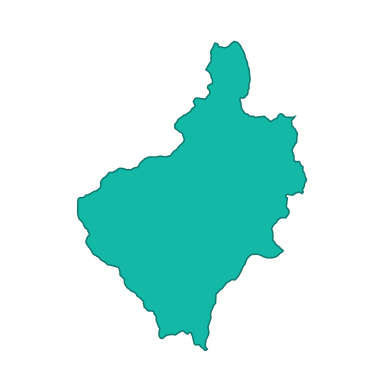 the district of Coto Brus, Puntarenas, Costa Rica, rotated 188°
{"feature_id": "36466004B67962139153797", "entity_name": "Coto Brus", "entity_type": "district", "adm_level": 2, "iso_a3": "CRI", "parent_name": "Costa Rica", "parent_adm1": "Puntarenas", "projection": "equal_earth", "projection_center": [-82.934, 8.894], "detail": "fine", "context": "isolated", "style": "filled", "palette": "teal", "viewbox_px": 384, "rotation_deg": 188, "n_neighbors": 0, "source": "geoboundaries", "source_scale": "gbopen_adm2", "svg_char_len": 5969}
<svg xmlns="http://www.w3.org/2000/svg" viewBox="0 0 384 384"><g transform="rotate(188 192 192)"><path d="M100.7,281.0L103.2,279.6L105.0,279.8L106.7,279.5L107.5,279.2L108.7,279.2L110.8,279.5L111.8,280.7L113.5,281.6L114.8,281.8L115.6,281.5L116.0,281.3L117.2,279.8L117.9,277.1L119.5,276.2L123.9,272.8L124.7,273.0L127.1,274.9L129.0,275.5L130.0,276.7L131.0,277.0L132.2,276.9L133.8,276.0L136.0,275.9L136.8,275.4L138.2,275.2L139.3,274.7L140.1,274.7L141.3,275.4L142.9,275.4L144.4,275.1L146.4,275.5L147.0,276.3L147.7,276.7L150.6,277.3L154.3,281.2L155.3,283.6L155.7,286.1L157.3,289.7L157.5,291.2L157.0,291.9L154.4,292.1L153.2,292.7L152.4,294.1L150.8,296.1L150.5,296.8L150.5,298.8L150.8,300.0L150.8,300.9L150.3,301.2L150.0,302.0L150.0,302.9L150.6,306.5L150.6,307.3L150.1,309.4L150.3,312.8L151.4,316.0L151.4,316.8L152.7,321.9L154.5,324.9L154.9,327.1L156.0,329.5L156.7,330.2L157.2,331.4L157.9,332.3L159.2,336.1L161.2,339.2L163.0,341.3L164.2,343.4L164.9,344.2L165.9,344.7L166.6,345.7L167.1,346.0L167.8,346.4L169.3,346.8L171.4,346.9L172.0,346.1L172.5,345.8L172.8,345.2L173.9,344.6L175.1,342.4L175.9,341.5L177.8,340.1L179.6,339.3L183.7,339.6L185.3,339.5L186.2,340.1L186.5,341.3L187.0,341.9L188.3,342.5L189.9,342.7L190.7,340.9L190.9,339.3L191.3,338.7L191.8,336.5L192.6,335.1L192.9,333.6L192.9,332.8L192.0,330.0L191.9,327.1L191.4,325.1L191.4,323.5L192.8,321.2L193.2,320.0L193.8,319.0L194.5,316.2L195.3,315.1L192.4,313.6L191.2,312.6L190.0,311.1L188.6,307.5L187.6,306.3L187.2,305.0L187.0,303.1L187.1,302.3L189.7,300.6L190.7,299.7L191.1,299.1L191.1,297.3L190.9,296.8L188.7,294.8L188.2,293.9L188.4,290.9L190.4,288.5L190.7,287.3L191.9,285.8L200.9,285.7L202.1,284.7L203.1,282.3L203.2,281.6L202.0,279.5L200.9,278.5L200.8,277.8L201.0,277.3L201.6,276.4L203.7,274.4L203.9,273.3L204.6,271.9L205.9,270.5L209.0,267.7L210.9,266.8L212.3,265.2L215.1,262.6L216.1,261.5L216.3,260.2L218.5,256.3L218.2,255.8L218.2,254.0L217.9,253.1L217.3,252.5L216.1,251.8L214.0,250.9L213.4,250.4L212.1,249.7L210.6,249.2L209.3,248.0L208.8,246.6L207.7,244.8L207.0,242.9L207.0,241.5L208.0,239.3L210.4,236.6L211.0,235.3L211.9,234.3L213.2,231.6L215.1,230.5L215.4,230.1L217.0,227.6L218.3,224.8L220.2,224.3L223.2,223.0L228.8,223.1L229.8,222.6L232.7,221.5L238.3,220.9L240.6,220.2L241.1,219.6L242.7,218.8L243.5,218.1L246.9,214.0L247.7,212.8L248.4,210.5L249.1,209.2L250.7,208.2L252.4,207.9L252.8,207.5L253.9,206.9L255.4,205.5L258.2,205.3L258.7,205.0L260.7,205.1L262.7,205.6L265.8,205.6L267.0,205.4L268.9,204.1L269.4,203.4L270.9,202.0L272.3,201.2L273.3,200.3L276.4,200.0L277.6,198.5L278.0,197.5L279.5,195.4L280.3,194.4L281.6,193.5L282.9,191.5L283.8,189.5L283.9,189.0L283.5,188.0L283.3,186.7L283.3,184.3L283.4,183.4L287.0,179.7L289.0,179.0L291.4,177.1L292.5,175.9L293.6,175.5L293.9,175.1L294.9,174.5L296.5,174.2L298.0,172.1L299.5,171.3L301.8,170.8L303.4,170.0L303.7,169.0L303.7,166.9L303.5,166.1L303.5,165.6L302.5,156.8L301.8,153.7L300.7,150.8L299.5,149.2L296.0,146.6L293.7,142.8L292.4,141.4L291.3,140.7L290.1,140.6L289.4,138.4L287.7,136.1L287.6,134.9L288.7,133.9L289.3,132.5L290.1,129.4L290.1,128.4L289.8,127.1L288.8,125.5L288.2,125.1L287.0,123.4L285.7,122.4L284.8,121.3L284.3,121.0L282.0,117.8L280.6,116.4L278.4,115.8L276.7,114.9L275.3,114.5L274.3,113.8L273.2,112.3L269.1,110.7L267.1,109.5L265.8,108.4L264.9,108.2L262.1,108.2L254.3,107.2L252.7,104.4L252.1,102.5L251.9,100.4L251.8,100.0L250.5,98.7L249.4,98.1L246.8,96.1L246.7,94.6L246.1,92.2L244.3,89.7L243.2,88.5L242.1,87.7L241.0,87.4L238.5,85.6L237.0,85.0L235.8,85.0L234.0,84.0L233.0,83.2L231.9,81.4L230.2,80.7L228.3,79.6L226.9,78.4L225.6,77.6L224.8,76.1L223.2,71.1L222.3,70.9L219.5,68.5L218.4,68.2L217.5,68.2L216.7,68.5L214.1,68.5L213.4,68.2L212.9,67.3L212.5,65.9L210.9,64.8L210.1,63.6L209.7,61.7L209.6,60.1L206.9,55.1L206.7,54.5L204.9,52.3L204.9,50.7L205.1,49.8L205.1,48.7L204.9,46.4L204.3,44.5L203.4,43.4L202.5,42.8L201.4,42.8L200.3,43.4L198.3,45.6L196.5,46.9L191.9,48.2L188.6,48.2L188.0,48.5L187.0,49.7L183.2,52.7L182.6,52.7L181.5,53.3L180.9,53.2L179.3,51.9L177.5,50.8L176.4,50.8L175.3,52.6L173.9,52.6L173.4,52.5L171.4,49.2L168.9,42.6L168.0,41.5L167.3,41.2L166.2,41.2L165.0,41.7L163.8,41.7L162.8,41.1L161.9,40.1L158.6,38.2L157.9,37.4L157.0,37.1L156.3,37.2L155.0,38.6L156.0,39.3L156.6,40.0L157.4,41.8L157.6,42.7L157.6,47.6L155.8,52.8L155.7,54.6L155.8,55.4L157.4,60.5L157.4,61.1L157.0,62.6L155.8,70.1L155.9,71.1L156.6,73.3L156.5,76.7L155.1,80.9L154.8,82.4L154.2,83.8L153.6,84.4L153.2,85.5L153.9,92.5L153.9,94.1L153.6,94.7L153.0,95.6L152.1,96.5L151.4,98.0L150.5,99.0L148.8,100.4L147.1,103.5L144.8,107.2L142.5,108.8L140.6,110.7L139.9,110.9L137.4,110.8L136.6,111.6L134.4,115.1L132.8,119.1L131.0,125.6L129.6,127.6L129.4,128.6L129.4,129.6L128.9,131.1L128.8,132.3L126.4,136.5L125.2,137.3L124.6,138.4L121.3,139.0L120.7,139.4L118.7,139.4L115.8,139.2L112.4,138.0L108.7,137.3L107.5,137.3L105.9,137.7L103.6,137.9L99.8,139.6L98.0,141.2L96.4,143.4L94.2,145.4L93.5,146.5L94.1,147.2L95.9,148.0L97.6,149.5L101.4,151.6L103.0,153.6L105.1,155.5L105.5,156.7L105.6,159.1L105.9,160.7L106.4,162.1L106.6,163.6L106.9,164.6L107.9,166.1L108.0,167.3L106.1,171.6L104.7,173.0L103.8,175.0L101.5,178.0L99.7,179.0L98.8,179.0L97.5,179.4L95.4,179.5L93.1,184.3L93.2,186.3L93.5,187.3L94.1,188.2L95.5,189.1L96.2,190.1L96.6,191.0L96.8,199.4L97.6,199.6L98.3,200.2L98.5,201.0L98.5,202.0L97.1,203.0L92.2,202.8L91.1,203.4L90.3,204.3L90.0,204.9L89.2,205.1L88.8,205.7L87.7,205.9L86.4,206.7L84.7,206.6L82.7,205.7L81.9,207.3L82.0,207.8L82.8,208.8L82.9,209.1L81.8,213.0L81.6,213.2L81.8,216.1L81.3,217.4L80.7,218.1L80.3,220.1L80.7,221.0L81.9,222.5L83.8,226.9L84.2,227.5L85.3,228.4L85.5,231.6L85.8,232.5L88.0,233.8L89.4,236.3L90.4,237.1L91.1,237.1L92.4,236.5L93.7,236.5L95.0,237.3L95.7,238.9L95.8,240.6L96.1,241.9L98.2,246.0L98.6,247.3L98.2,249.9L97.5,251.2L96.5,253.9L95.4,255.8L95.4,258.4L95.8,260.0L95.7,264.4L95.8,264.8L97.2,266.4L98.4,268.5L99.8,269.4L100.7,270.4L102.2,271.2L102.5,271.7L102.6,273.7L103.1,274.7L103.3,276.5L102.8,277.8L101.7,279.0L100.7,281.0Z" fill="#14b8a6" stroke="#0f766e" stroke-width="1.5"/></g></svg>